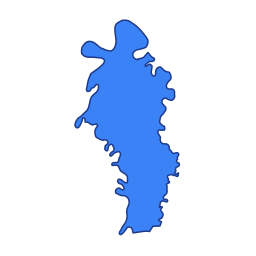 Puerto Santander, Norte de Santander, Colombia (Robinson projection), rotated 7°
{"feature_id": "7082276B36155963658062", "entity_name": "Puerto Santander", "entity_type": "district", "adm_level": 2, "iso_a3": "COL", "parent_name": "Colombia", "parent_adm1": "Norte de Santander", "projection": "robinson", "projection_center": [-72.407, 8.326], "detail": "fine", "context": "isolated", "style": "filled", "palette": "blue", "viewbox_px": 256, "rotation_deg": 7, "n_neighbors": 0, "source": "geoboundaries", "source_scale": "gbopen_adm2", "svg_char_len": 5904}
<svg xmlns="http://www.w3.org/2000/svg" viewBox="0 0 256 256"><g transform="rotate(7 128 128)"><path d="M172.7,217.1L172.3,216.8L170.2,216.4L169.8,215.9L169.7,215.4L169.8,215.2L172.2,213.5L172.9,212.3L173.4,210.4L173.4,209.7L172.9,208.5L170.8,206.1L170.5,205.5L170.5,204.3L171.7,202.6L171.2,202.0L170.6,202.0L170.0,202.2L169.1,202.9L168.8,202.6L168.6,202.1L169.2,200.9L169.0,199.1L169.2,198.4L169.6,197.4L170.2,196.8L171.0,196.3L171.7,196.1L175.0,196.7L175.9,196.4L176.2,195.9L176.1,195.0L175.6,194.5L174.6,194.1L172.3,194.4L171.9,194.0L171.6,193.0L171.6,192.2L171.8,191.5L174.1,188.7L174.5,187.3L174.5,185.7L174.0,183.5L173.9,181.3L173.2,179.8L173.1,179.3L173.4,178.8L174.3,178.0L175.5,177.4L175.7,176.8L175.6,176.1L174.7,175.9L174.4,175.7L174.3,173.7L173.4,172.5L173.2,172.1L173.1,170.9L173.5,170.2L174.0,169.9L176.5,169.0L177.2,169.0L178.7,169.5L180.4,169.4L181.8,169.9L182.7,170.1L183.2,169.9L183.6,168.8L183.6,167.0L183.5,166.6L182.9,166.6L182.2,167.5L181.2,168.0L180.3,167.8L179.5,167.0L180.4,165.9L180.6,165.4L180.6,164.3L180.2,163.0L180.4,161.6L180.8,161.1L182.2,160.3L183.3,159.2L183.4,158.3L183.3,157.4L183.0,156.7L182.7,156.6L181.9,156.5L180.6,156.0L180.2,155.0L180.4,154.0L181.0,153.0L180.6,152.3L180.5,151.2L181.5,148.6L181.5,147.7L181.1,147.1L180.5,146.7L179.8,146.6L178.8,146.7L177.2,147.5L176.2,147.6L175.4,147.4L174.4,146.6L173.5,145.3L171.9,144.5L171.4,142.7L171.0,141.3L170.4,140.4L169.8,139.8L168.3,139.1L164.8,139.4L163.4,138.9L162.7,138.3L162.2,137.7L161.5,136.3L161.3,135.7L161.4,134.0L161.3,133.3L160.4,131.9L159.3,130.7L158.6,129.7L158.2,128.5L158.0,127.5L158.3,126.8L159.1,126.2L160.6,126.2L164.2,125.7L164.5,125.1L164.6,124.3L164.5,123.5L164.0,122.1L163.5,121.8L162.0,121.3L160.3,120.2L159.5,119.5L158.7,118.4L158.6,117.0L159.0,112.6L161.3,109.5L163.0,106.3L163.3,105.1L163.2,103.9L162.8,102.8L159.0,99.5L158.5,98.1L158.5,97.1L158.6,95.8L159.2,95.0L160.7,94.1L161.4,93.8L162.2,93.9L164.6,94.8L165.9,95.1L167.7,95.3L168.6,94.9L169.9,93.4L170.4,92.0L170.5,90.8L170.1,89.2L169.8,86.6L169.4,85.6L169.1,85.0L168.1,84.2L166.9,83.9L164.4,84.3L163.4,84.3L161.9,83.6L161.1,82.6L160.9,80.9L161.4,78.9L162.4,77.1L164.0,75.1L164.4,74.2L164.6,73.3L164.5,72.1L164.0,70.6L162.9,68.5L162.3,67.8L161.7,67.6L160.2,67.5L158.2,67.1L156.4,66.1L153.3,63.7L152.4,63.5L151.4,63.7L150.0,64.6L149.0,66.1L148.6,68.0L148.8,71.8L148.1,73.1L147.8,73.3L147.3,73.3L146.4,73.0L145.6,72.5L144.9,71.6L144.4,70.6L144.2,69.2L144.4,64.4L144.3,63.6L143.8,63.0L142.5,62.2L141.5,62.0L140.9,62.4L138.9,64.2L138.0,64.5L137.6,64.4L137.4,63.6L137.6,63.1L140.1,60.2L141.5,59.3L144.0,58.9L144.7,58.7L145.6,57.9L145.9,56.8L145.8,56.2L145.6,55.8L145.0,55.4L143.9,55.1L141.9,53.8L139.0,50.9L138.6,50.7L138.2,51.0L135.1,55.8L133.1,57.0L129.0,58.5L129.2,59.0L127.8,58.9L126.9,58.6L125.2,57.6L124.6,56.8L124.1,55.9L123.8,55.1L123.9,53.2L124.2,52.3L125.5,50.6L127.2,49.4L128.4,48.9L131.6,47.9L135.1,46.2L135.9,45.6L136.7,44.1L137.3,41.9L137.3,39.9L136.9,38.3L136.2,37.2L135.1,35.7L130.4,31.0L127.1,28.2L123.6,25.6L121.1,24.2L116.1,21.7L113.8,21.3L111.5,21.4L109.3,21.8L108.5,22.2L105.2,24.6L103.8,26.1L103.4,26.8L102.9,28.7L102.9,30.4L103.2,33.3L105.4,42.2L105.7,44.4L105.4,48.2L104.4,51.0L103.3,52.4L101.9,53.6L99.8,53.8L96.5,53.3L90.6,51.6L84.9,47.9L83.2,47.2L81.1,46.7L79.3,46.7L78.3,46.9L76.9,47.5L75.3,48.7L73.0,52.4L72.5,54.0L72.4,55.3L72.5,57.5L72.9,59.5L73.8,60.6L76.1,62.1L79.3,62.6L83.6,62.1L86.9,61.9L92.2,61.8L94.7,62.2L95.4,62.6L96.3,63.6L96.5,64.6L96.3,66.0L94.9,68.3L90.9,72.8L85.0,78.1L84.4,79.0L82.9,84.6L82.4,88.6L82.4,91.3L82.0,94.8L82.7,96.3L83.3,96.6L83.8,96.6L84.8,96.3L85.6,95.8L86.4,94.8L86.8,93.0L88.7,92.2L89.4,91.6L91.2,88.7L92.3,88.6L93.6,89.3L93.8,93.1L92.5,96.0L89.3,99.6L88.6,100.5L87.9,101.8L87.3,103.6L86.6,110.6L86.3,112.5L85.3,115.4L79.5,122.5L78.0,123.6L76.6,125.5L75.4,128.0L75.1,130.1L75.0,131.5L75.2,132.3L75.8,133.2L76.7,133.9L77.9,134.0L79.0,133.3L80.0,131.4L81.6,126.4L81.8,123.8L82.4,123.4L83.2,123.4L83.9,124.0L84.2,124.4L84.7,127.2L85.2,127.3L86.9,127.1L88.3,127.5L90.0,128.5L91.3,129.1L92.3,129.3L94.9,128.2L95.8,128.0L96.5,128.1L97.4,128.8L97.3,129.8L96.0,132.6L95.6,134.6L95.7,136.5L96.1,137.9L96.6,139.6L97.2,140.5L98.0,141.2L101.7,142.7L103.5,143.1L104.3,143.3L106.7,142.5L108.1,142.7L109.4,143.8L109.8,144.5L110.0,145.3L109.6,146.2L108.5,147.3L107.6,148.5L107.5,149.1L107.5,151.0L107.7,152.0L108.0,152.5L108.7,153.0L109.5,153.3L110.0,153.2L110.4,152.8L110.6,151.9L110.7,150.3L111.1,147.9L111.5,147.3L112.6,146.4L113.6,146.2L114.9,146.9L116.5,149.8L116.7,150.8L116.6,151.9L116.0,152.9L114.4,154.3L113.3,156.1L113.3,157.4L113.6,157.7L114.2,157.9L114.8,157.8L115.4,157.3L116.6,155.6L117.5,154.5L120.2,153.0L122.0,152.6L122.7,152.8L123.3,153.6L123.7,154.6L123.6,157.1L122.8,159.1L122.6,161.9L122.3,162.6L121.4,163.6L117.9,164.1L116.8,164.8L116.4,165.5L116.4,166.2L116.6,166.8L117.2,167.0L118.0,167.0L120.0,166.4L121.2,166.3L122.5,166.7L123.5,167.6L125.3,170.7L126.2,171.7L128.9,173.2L130.6,173.8L132.9,175.6L133.5,177.2L133.9,180.3L133.9,181.8L133.5,182.6L133.2,182.7L132.3,182.7L129.0,181.2L127.6,180.2L126.3,179.9L125.4,179.9L124.6,180.2L124.4,180.7L124.2,182.3L124.7,183.3L126.1,184.2L128.3,184.5L129.3,185.3L130.9,187.1L131.3,187.7L131.4,188.9L131.3,189.4L130.9,189.8L130.3,190.0L129.3,189.9L127.2,188.8L126.5,188.7L125.6,188.9L124.5,189.7L123.6,190.7L123.3,192.3L123.5,193.3L123.9,194.1L124.3,194.3L125.4,194.5L126.6,195.0L129.0,195.8L133.0,195.7L134.3,196.1L135.9,197.0L136.5,197.6L137.2,198.6L137.7,199.8L138.3,201.7L138.2,203.7L137.6,205.7L136.9,208.6L137.0,211.9L137.9,215.6L137.9,218.1L137.5,220.5L136.7,222.7L134.3,227.2L133.7,229.2L132.3,232.2L132.2,233.5L132.4,234.0L132.9,234.5L133.4,234.7L134.0,234.6L135.1,233.7L136.2,232.4L137.7,230.1L138.4,228.7L139.5,226.7L140.0,226.3L140.6,226.2L142.8,226.3L143.5,226.6L144.7,228.5L145.9,231.5L156.4,228.6L160.0,228.0L162.0,228.1L164.7,222.5L171.6,221.4L172.7,217.1Z" fill="#3b82f6" stroke="#1e3a8a" stroke-width="1.5"/></g></svg>